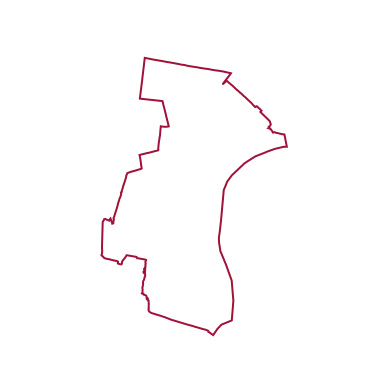 the district of Gruia, Romania, rotated 251°
{"feature_id": "2599482B53836836172440", "entity_name": "Gruia", "entity_type": "district", "adm_level": 2, "iso_a3": "ROU", "parent_name": "Romania", "parent_adm1": "", "projection": "albers", "projection_center": [22.687, 44.297], "detail": "fine", "context": "isolated", "style": "outline", "palette": "rose", "viewbox_px": 384, "rotation_deg": 251, "n_neighbors": 0, "source": "geoboundaries", "source_scale": "gbopen_adm2", "svg_char_len": 5877}
<svg xmlns="http://www.w3.org/2000/svg" viewBox="0 0 384 384"><g transform="rotate(251 192 192)"><path d="M192.2,97.6L170.1,89.3L167.5,88.4L165.4,87.9L164.9,87.6L164.5,87.5L163.4,87.0L163.0,86.9L162.7,86.7L162.1,86.0L161.9,85.9L161.5,86.0L161.4,85.9L160.2,86.6L160.0,86.9L158.3,87.4L158.1,87.6L157.6,88.2L157.4,88.3L156.9,89.3L156.6,89.7L156.4,89.9L156.2,90.4L154.8,92.8L154.3,93.4L153.1,95.3L152.7,95.7L152.6,96.1L151.9,97.2L151.7,97.4L151.5,98.0L150.7,99.1L150.3,99.4L150.0,99.4L149.1,98.7L148.7,98.6L148.3,98.8L148.0,99.2L146.6,101.4L146.6,101.6L146.6,101.8L146.8,102.1L147.3,102.5L148.3,102.9L148.7,103.0L149.4,103.9L150.0,104.6L150.4,105.3L151.1,106.4L151.4,106.9L152.1,107.9L153.5,109.6L148.7,118.4L147.3,118.5L146.1,120.9L143.6,125.3L143.3,125.9L142.6,126.5L141.5,125.5L141.0,125.1L140.5,125.0L140.0,125.1L139.6,125.0L138.9,124.4L138.4,124.2L137.9,124.3L137.2,124.0L136.9,123.6L135.6,123.3L135.3,123.1L135.2,122.9L135.3,122.7L135.6,122.7L135.2,122.3L135.1,122.2L134.9,121.6L134.7,121.5L134.4,121.5L134.2,122.1L134.2,122.4L134.4,122.6L133.6,122.4L133.0,122.0L131.6,121.5L131.4,121.4L131.3,121.0L131.5,120.8L131.8,120.6L132.0,120.6L131.9,120.6L131.7,120.8L131.8,121.1L132.1,121.1L132.6,120.6L132.6,120.4L132.2,120.1L131.8,120.3L131.6,120.2L131.5,120.3L131.3,120.3L131.2,120.1L130.9,120.2L130.6,120.4L130.6,120.6L130.5,120.9L130.3,121.0L129.9,121.0L129.3,120.8L128.8,120.8L128.3,120.5L127.8,120.3L127.5,120.1L127.2,119.7L125.8,118.8L124.7,118.1L123.8,117.0L122.9,116.4L121.6,116.0L121.2,115.9L120.2,115.4L119.7,115.2L119.4,115.0L119.1,114.8L118.6,114.7L118.0,114.1L117.7,113.9L116.9,113.8L116.4,113.6L115.7,113.5L113.3,112.5L112.6,112.0L112.4,111.6L112.2,111.7L112.0,111.9L112.0,112.1L111.7,112.8L111.5,112.7L111.3,112.8L111.1,112.8L110.6,113.0L110.4,113.3L109.9,114.0L109.3,114.7L108.6,115.0L108.3,115.0L107.1,114.7L106.8,114.9L106.6,115.1L106.3,115.3L106.3,115.2L106.0,115.2L106.1,114.9L106.2,114.7L105.9,114.4L105.5,114.4L105.3,114.5L104.8,114.7L104.4,114.9L103.8,115.6L103.6,115.7L103.2,115.5L102.7,115.2L102.0,115.2L99.3,114.4L98.6,114.0L97.9,113.8L97.1,113.5L96.6,113.4L96.1,113.0L95.7,112.9L95.2,112.9L94.2,112.4L93.7,112.4L92.9,112.8L92.5,112.8L90.8,114.2L85.1,122.1L84.4,122.9L82.9,125.0L77.5,131.4L75.9,133.8L73.8,136.6L72.6,138.3L68.0,144.7L66.5,146.9L64.9,149.3L64.5,149.8L63.7,150.8L61.8,153.6L58.7,157.9L57.6,159.7L57.0,160.5L55.8,161.8L55.3,162.1L55.2,162.2L54.7,162.0L54.5,161.9L54.4,161.9L54.3,162.0L54.2,162.3L49.8,165.4L54.3,171.5L57.0,176.7L57.6,187.8L75.7,195.7L95.3,200.7L112.2,200.5L127.0,199.6L128.5,199.9L134.7,201.0L137.0,201.6L140.0,202.5L145.4,205.3L155.9,210.3L167.3,215.4L175.3,219.0L183.6,222.7L185.3,224.3L190.4,228.7L194.8,235.1L201.9,250.7L202.0,251.1L202.8,254.0L205.1,263.6L205.1,264.4L205.5,273.9L205.7,276.1L205.8,284.6L205.7,285.3L204.9,293.4L203.9,296.4L216.2,298.1L216.5,297.9L216.7,297.2L217.4,296.1L217.4,295.7L217.6,295.4L217.9,295.1L220.0,291.9L220.8,290.6L221.8,289.3L221.6,288.7L221.9,287.8L223.3,287.7L226.1,286.7L226.3,286.7L226.3,286.4L226.5,286.3L226.6,286.2L226.8,285.9L226.8,286.1L227.0,286.1L227.2,285.9L227.3,285.8L227.7,285.9L227.8,285.9L227.8,285.7L228.0,285.5L228.3,285.4L228.5,285.5L228.7,286.0L228.8,286.6L229.0,286.8L229.1,287.0L229.3,287.5L229.7,288.0L230.5,288.6L231.4,288.5L233.5,288.6L234.0,288.3L234.5,288.2L245.4,282.7L246.2,284.2L248.2,283.3L248.4,283.1L248.7,283.0L249.1,282.7L250.6,282.0L251.6,281.4L252.1,280.9L252.1,280.7L252.0,280.4L251.7,279.8L251.7,279.5L251.8,279.4L252.3,279.1L253.5,278.5L254.9,277.9L257.1,277.0L257.9,276.5L259.4,275.8L260.7,275.0L262.1,274.4L262.6,274.0L263.4,273.6L263.9,273.5L266.4,271.9L268.5,270.9L269.6,270.3L270.0,269.9L271.4,269.3L272.0,268.9L273.4,268.1L274.0,267.7L274.9,267.2L279.3,264.9L280.9,263.9L281.2,263.8L282.4,263.0L284.2,262.0L284.8,261.6L285.5,261.3L286.0,260.9L285.9,260.8L284.1,256.8L284.1,256.6L284.3,256.6L285.4,258.2L285.9,258.9L291.3,267.2L291.6,267.5L291.7,267.3L292.8,265.5L295.8,260.7L295.9,260.4L296.3,259.8L297.4,257.7L297.7,257.3L298.5,255.6L299.2,254.1L299.6,253.4L299.7,253.2L301.0,250.8L301.9,249.2L302.3,248.6L303.7,246.0L304.3,244.6L304.6,244.1L306.8,239.9L307.4,238.8L307.7,238.5L311.1,231.9L311.3,231.6L312.2,229.9L312.7,229.1L313.3,228.0L313.6,227.7L313.8,227.3L314.1,226.8L314.8,225.7L315.2,224.8L315.6,224.0L316.0,223.2L317.0,221.6L319.8,216.7L320.1,216.2L323.9,209.2L324.9,207.6L325.5,206.3L326.3,205.1L327.1,203.4L327.7,202.5L328.7,200.5L331.6,195.5L331.9,195.0L334.2,191.0L313.2,180.9L297.3,173.1L296.4,174.9L288.5,191.7L287.5,193.7L285.0,193.5L283.8,193.3L280.7,193.1L276.1,192.7L273.0,192.4L272.5,192.3L269.8,192.1L267.2,191.9L265.2,191.7L261.6,191.4L261.8,190.1L262.2,188.3L262.3,188.0L263.7,184.9L264.3,183.9L259.7,181.8L257.2,180.7L255.5,180.0L254.1,179.0L253.2,178.7L250.5,177.2L246.3,175.2L244.0,174.2L243.1,174.0L242.7,173.9L242.4,173.5L242.6,171.1L242.7,170.2L242.8,168.5L243.2,163.5L243.4,162.6L243.6,159.7L243.7,159.1L243.7,158.5L243.8,157.7L244.0,155.2L244.1,154.6L244.1,154.4L242.8,154.3L238.9,153.7L237.8,153.5L237.4,153.3L236.5,153.2L232.1,152.3L231.0,152.2L230.6,152.1L230.5,151.9L230.5,149.8L230.6,148.7L230.6,147.0L230.7,145.5L230.7,144.9L230.7,144.4L230.8,143.3L230.9,142.7L230.9,142.0L231.0,140.1L231.0,139.3L230.9,138.0L230.9,137.2L230.8,136.9L228.6,135.0L227.1,134.3L226.8,134.0L224.0,132.0L221.7,130.2L221.0,129.8L220.9,129.6L220.4,129.1L219.6,128.7L216.3,126.3L215.7,126.0L214.7,125.3L214.7,124.7L213.8,124.6L213.3,124.4L211.1,123.0L209.3,121.3L208.6,120.8L207.6,120.2L207.3,119.9L205.0,118.2L204.5,118.0L204.0,117.5L203.7,117.3L203.1,117.1L202.6,116.7L201.9,116.1L200.4,115.1L195.2,111.2L194.7,110.9L193.3,109.8L193.0,109.4L192.8,109.3L191.8,109.1L191.4,109.2L191.2,108.8L190.3,108.5L189.3,107.9L188.0,107.4L188.0,106.3L193.5,106.3L193.1,105.6L191.9,104.4L192.4,103.8L194.9,101.0L194.8,100.4L194.9,100.1L194.2,99.6L193.0,98.1L192.6,97.8L192.2,97.6Z" fill="none" stroke="#9f1239" stroke-width="2"/></g></svg>